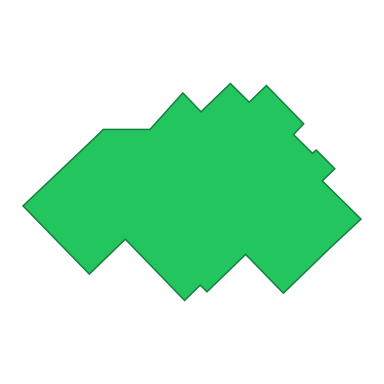 outline of Leandro N. Alem, Buenos Aires, Argentina
{"feature_id": "61730980B27859754831465", "entity_name": "Leandro N. Alem", "entity_type": "district", "adm_level": 2, "iso_a3": "ARG", "parent_name": "Argentina", "parent_adm1": "Buenos Aires", "projection": "robinson", "projection_center": [-61.594, -34.493], "detail": "fine", "context": "isolated", "style": "filled", "palette": "green", "viewbox_px": 384, "rotation_deg": 0, "n_neighbors": 0, "source": "geoboundaries", "source_scale": "gbopen_adm2", "svg_char_len": 486}
<svg xmlns="http://www.w3.org/2000/svg" viewBox="0 0 384 384"><path d="M153.4,268.2L184.6,300.5L200.2,285.1L207.0,291.8L245.6,254.4L283.4,293.2L330.2,247.8L361.0,219.1L322.3,180.9L334.8,168.8L316.2,150.0L312.4,153.3L293.5,134.6L303.7,123.8L266.4,85.5L249.2,102.2L230.4,83.5L201.0,111.8L195.0,105.6L192.7,103.1L182.8,92.9L150.0,129.4L103.3,129.4L102.7,130.0L102.1,130.7L84.0,148.0L23.0,205.9L89.3,274.1L125.3,239.2L153.4,268.2Z" fill="#22c55e" stroke="#15803d" stroke-width="1.5"/></svg>